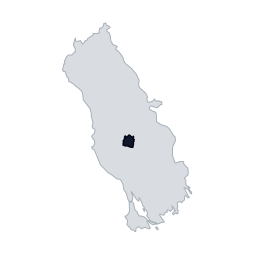 location of Kirsehir within Turkey, rotated 245°
{"feature_id": "TUR-2286", "entity_name": "Kirsehir", "entity_type": "Province", "adm_level": 1, "iso_a3": "TUR", "parent_name": "Turkey", "parent_adm1": "", "projection": "robinson", "projection_center": [34.21, 39.339], "detail": "fine", "context": "in_parent", "style": "filled", "palette": "ink", "viewbox_px": 256, "rotation_deg": 245, "n_neighbors": 0, "source": "natural_earth", "source_scale": "10m", "svg_char_len": 4332}
<svg xmlns="http://www.w3.org/2000/svg" viewBox="0 0 256 256"><g transform="rotate(245 128 128)"><path d="M195.0,94.0L198.4,95.1L199.5,94.3L202.6,94.4L205.4,95.0L206.8,93.2L208.8,93.4L209.2,94.3L210.1,94.6L213.1,97.0L212.7,97.3L213.5,98.2L216.0,98.8L216.3,100.0L218.2,101.8L219.3,104.5L218.8,106.4L217.8,107.7L219.5,111.8L219.1,112.4L222.1,113.7L225.9,113.5L227.1,114.1L230.9,117.4L231.9,118.7L229.3,117.1L227.9,118.5L227.3,121.8L223.3,122.4L224.0,124.5L225.1,125.5L224.9,127.5L225.2,128.3L226.3,129.6L226.2,131.4L226.8,133.3L226.8,135.6L228.5,136.3L227.8,137.3L226.1,142.0L226.3,142.3L227.5,142.4L230.4,144.6L229.9,145.3L230.4,148.3L232.9,150.2L232.5,151.2L232.6,152.2L230.8,151.7L227.4,154.4L227.0,154.3L226.4,153.4L226.2,150.7L225.4,150.0L224.2,149.9L222.3,151.1L220.6,151.0L218.8,150.8L214.1,149.2L212.4,149.7L210.6,149.1L207.1,152.3L206.1,152.6L205.5,151.0L204.3,150.1L202.7,151.3L196.8,152.9L194.0,153.1L190.6,152.6L187.8,152.8L180.3,156.4L173.0,158.3L166.5,158.2L162.9,155.9L160.1,155.4L151.8,158.8L147.7,158.7L146.3,157.3L143.2,156.7L142.5,158.0L141.9,161.3L143.0,164.3L141.2,164.5L140.1,165.1L139.8,167.4L138.2,168.2L137.7,169.6L137.4,169.7L134.8,168.5L135.5,167.4L133.9,163.3L134.6,162.0L138.0,158.6L137.9,156.6L136.4,155.3L132.2,157.7L131.8,158.7L130.8,159.4L129.2,159.7L121.6,156.5L117.1,159.3L113.3,163.5L110.4,165.0L101.9,166.1L100.4,166.9L97.5,166.1L95.8,165.0L91.9,160.3L84.5,156.7L76.7,155.9L76.0,156.8L75.7,160.4L74.4,163.8L73.8,164.2L72.0,163.3L66.0,165.3L60.9,163.1L60.0,162.1L58.9,158.2L58.2,157.9L57.3,158.4L56.5,158.4L52.8,156.7L50.8,156.6L49.6,158.2L47.6,158.9L47.6,158.5L48.4,157.4L45.3,157.6L43.6,158.4L41.4,157.9L41.6,157.4L43.4,156.9L47.5,156.3L50.2,153.7L40.4,153.8L39.4,154.4L39.3,153.0L39.8,152.4L42.5,151.9L42.3,150.7L40.8,149.5L39.0,148.9L38.3,146.0L37.5,145.3L37.6,144.9L39.2,144.4L39.6,142.3L39.4,141.0L36.3,139.9L35.5,140.0L34.8,138.9L33.4,138.1L32.3,138.7L29.2,137.0L29.8,135.8L30.6,135.8L30.8,134.8L30.2,133.2L30.3,132.4L31.0,132.2L31.7,132.3L32.5,133.3L32.6,135.1L33.4,136.2L34.0,135.1L35.5,135.7L38.1,135.2L38.6,134.7L36.7,134.8L36.0,134.3L34.5,131.3L36.1,130.4L37.3,128.9L35.2,127.9L35.7,125.8L33.8,123.5L36.4,120.5L36.3,120.1L35.5,119.9L27.7,121.2L27.6,119.8L28.2,118.6L28.3,115.7L28.6,114.2L30.1,113.7L31.9,111.4L34.9,108.7L37.9,108.8L39.1,108.1L40.9,108.0L41.3,109.1L42.9,109.8L45.6,109.7L47.0,109.0L45.7,107.7L47.3,107.3L48.5,107.6L47.8,109.0L48.2,109.2L51.8,108.7L55.5,109.1L59.6,108.9L60.1,108.4L57.2,107.0L59.1,105.7L60.1,105.5L68.8,104.3L68.8,104.0L63.6,103.3L60.9,101.6L60.2,100.7L60.7,98.5L61.3,97.9L63.2,97.8L69.7,98.8L74.3,98.2L79.3,99.7L84.1,99.4L85.1,98.7L86.4,96.6L93.2,93.0L95.6,91.2L106.2,87.5L121.9,88.2L124.7,86.7L126.3,87.2L125.9,88.2L126.0,89.0L127.9,91.2L130.7,92.4L134.6,91.4L136.0,91.8L137.4,95.2L139.9,97.2L141.0,97.3L142.5,96.1L143.9,96.0L146.2,97.2L147.0,98.4L154.6,99.8L156.2,100.8L161.3,101.8L172.6,99.4L176.8,101.0L180.3,101.6L181.7,101.3L186.3,99.4L187.7,98.3L190.5,97.4L194.0,95.2L195.0,94.0ZM49.4,88.0L49.0,89.5L49.7,91.2L51.2,93.5L52.8,94.6L60.4,97.8L59.2,100.7L57.3,101.2L50.7,99.7L48.0,100.9L46.1,100.6L43.4,101.2L42.6,102.9L40.7,105.0L35.3,107.5L30.3,112.4L28.9,113.0L29.6,111.4L29.6,109.9L31.8,108.2L34.8,106.8L35.6,105.8L28.1,106.0L27.5,104.4L28.2,104.1L30.7,101.4L31.0,100.3L30.9,97.7L33.9,96.1L34.1,95.5L33.7,92.9L31.0,91.3L31.1,90.6L33.1,89.9L34.3,88.0L37.2,87.7L38.6,86.8L41.1,86.3L44.2,88.6L47.9,87.8L49.4,88.0ZM26.4,112.2L23.9,112.7L23.1,112.2L24.0,111.4L25.9,110.9L26.5,111.7L26.4,112.2Z" fill="#d9dde1" stroke="#a8b0b8" stroke-width="1"/><path d="M113.1,127.4L113.1,126.9L112.5,126.7L112.3,126.5L111.9,126.4L111.4,126.3L111.1,126.2L111.0,125.9L110.8,125.8L110.6,125.7L110.1,125.3L108.8,124.6L108.6,123.8L109.9,121.8L111.6,120.4L112.4,119.3L112.9,118.0L114.6,116.4L114.8,116.6L115.1,116.8L115.7,116.8L116.2,117.3L116.8,117.9L117.3,118.0L118.1,118.0L118.3,118.3L118.4,118.6L118.6,118.9L120.1,120.6L120.6,120.9L121.1,121.0L121.6,121.4L121.9,122.0L121.3,122.1L120.6,122.0L120.3,122.1L120.3,122.4L120.4,122.9L120.6,123.3L120.7,124.0L120.6,124.9L120.9,125.4L121.2,125.9L120.7,126.5L120.0,126.7L119.4,127.1L118.1,127.6L117.9,128.3L118.0,128.9L118.1,129.2L117.6,129.3L116.4,128.4L116.2,128.4L115.7,128.3L114.9,128.7L114.5,128.4L114.3,127.8L113.9,127.6L113.7,127.7L113.2,127.6L113.1,127.4Z" fill="#0f172a" stroke="#020617" stroke-width="1.5"/></g></svg>